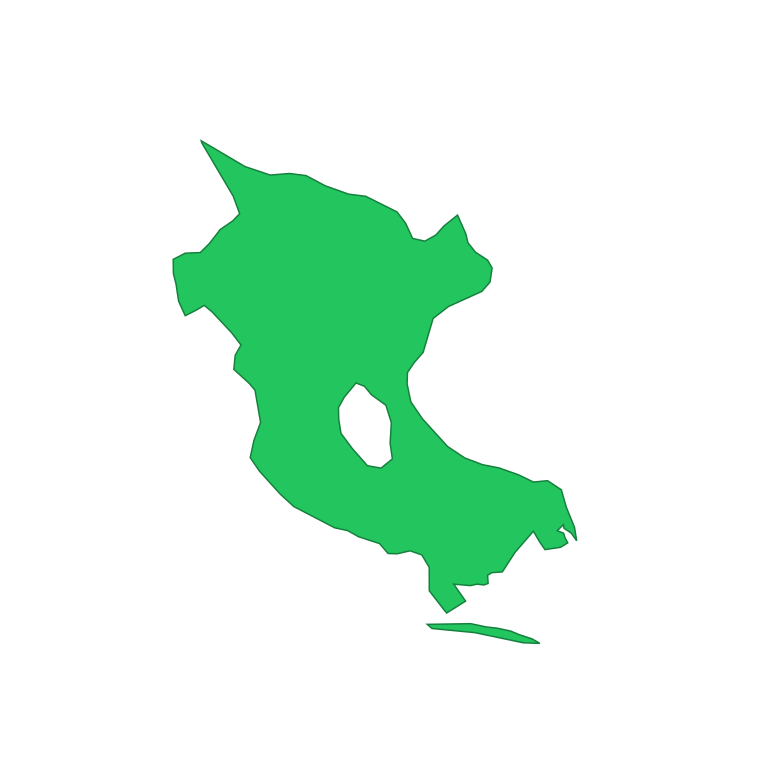 the border of Chiayi, rotated 239°
{"feature_id": "TWN-1170", "entity_name": "Chiayi", "entity_type": "County", "adm_level": 1, "iso_a3": "TWN", "parent_name": "Taiwan", "parent_adm1": "", "projection": "robinson", "projection_center": [120.419, 23.433], "detail": "fine", "context": "isolated", "style": "filled", "palette": "green", "viewbox_px": 768, "rotation_deg": 239, "n_neighbors": 0, "source": "natural_earth", "source_scale": "10m", "svg_char_len": 1752}
<svg xmlns="http://www.w3.org/2000/svg" viewBox="0 0 768 768"><g transform="rotate(239 384 384)"><path d="M150.4,468.4L159.7,467.7L167.6,464.0L171.0,465.2L169.0,457.0L163.6,461.1L159.1,460.0L153.2,459.7L153.1,451.2L159.1,436.7L168.0,436.1L180.9,436.2L172.1,409.4L162.0,388.7L166.7,379.3L166.7,374.3L159.4,370.5L160.3,366.1L164.5,360.7L166.7,354.2L176.5,340.7L155.9,342.1L155.4,319.7L157.7,319.6L158.0,319.3L183.4,316.3L203.5,328.3L218.0,328.4L227.6,320.4L231.7,307.8L236.6,300.2L249.5,298.0L266.3,283.4L277.0,277.4L286.2,267.6L325.5,243.5L342.8,238.4L373.2,232.4L389.8,231.4L402.5,243.3L414.6,258.4L445.0,270.2L453.9,268.8L473.9,262.8L485.3,271.3L491.1,281.5L506.3,279.8L534.6,273.7L544.0,270.4L544.0,261.5L544.9,248.8L546.1,248.9L560.8,250.6L577.0,257.3L587.0,260.3L599.4,267.5L598.5,281.0L591.3,294.2L594.3,306.5L600.8,323.3L601.7,338.2L604.3,348.0L622.7,351.5L684.4,352.0L686.6,352.6L642.0,376.8L621.7,394.1L613.0,411.6L602.8,424.5L584.3,435.6L565.1,451.3L554.3,465.0L524.7,483.8L510.6,485.3L494.0,483.5L485.4,492.6L485.0,505.2L488.6,516.9L490.9,534.0L470.7,531.5L461.8,528.7L449.8,530.3L436.8,536.6L427.7,536.4L416.8,527.4L413.0,515.7L417.2,479.2L414.9,459.9L391.0,433.9L386.8,420.9L381.8,410.1L372.1,403.8L354.8,397.8L334.4,399.0L297.7,406.3L278.9,415.2L264.1,426.9L252.9,439.3L236.9,452.5L223.0,461.6L216.9,474.4L201.9,481.5L184.4,476.8L163.1,473.5L150.4,468.4ZM364.8,374.7L381.2,367.7L392.1,366.1L399.3,360.5L393.1,343.0L387.2,332.8L377.4,327.2L363.9,321.7L344.9,323.6L322.5,327.7L313.4,338.2L315.5,352.6L330.2,358.8L347.1,370.4L364.8,374.7ZM90.5,370.0L124.1,333.8L149.7,299.2L155.7,297.3L133.9,334.9L123.2,346.4L116.1,355.6L107.0,365.3L99.8,370.6L89.0,379.8L81.4,384.0L90.5,370.0Z" fill="#22c55e" stroke="#15803d" stroke-width="1.5"/></g></svg>